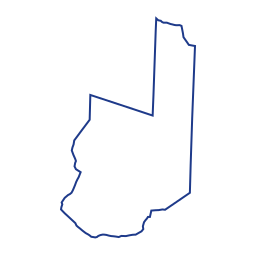 Barbalha, Ceará, Brazil (Natural Earth projection), rotated 182°
{"feature_id": "56859067B21171422710441", "entity_name": "Barbalha", "entity_type": "district", "adm_level": 2, "iso_a3": "BRA", "parent_name": "Brazil", "parent_adm1": "Ceará", "projection": "natural_earth1", "projection_center": [-39.309, -7.437], "detail": "fine", "context": "isolated", "style": "outline", "palette": "blue", "viewbox_px": 256, "rotation_deg": 182, "n_neighbors": 0, "source": "geoboundaries", "source_scale": "gbopen_adm2", "svg_char_len": 1351}
<svg xmlns="http://www.w3.org/2000/svg" viewBox="0 0 256 256"><g transform="rotate(182 128 128)"><path d="M164.2,20.3L162.7,19.4L160.9,18.0L158.9,17.8L156.9,17.5L155.2,18.0L153.9,19.1L151.9,20.0L149.6,20.6L148.0,20.6L145.9,20.4L143.4,19.8L141.0,19.4L138.8,19.3L136.6,19.1L133.4,18.7L130.9,19.9L128.4,19.9L126.3,19.9L124.4,20.4L122.8,20.8L120.9,21.2L119.3,21.5L116.6,21.7L113.7,23.5L110.9,25.2L109.2,27.5L109.7,30.3L108.7,34.4L107.3,36.5L105.9,38.2L105.0,39.8L103.0,39.9L101.8,46.3L97.4,46.8L94.6,47.0L90.7,47.8L88.1,47.6L63.9,65.4L64.1,93.7L64.2,140.1L63.9,212.3L66.8,212.7L70.1,213.2L72.0,215.8L73.3,217.5L75.7,220.7L76.4,224.6L78.1,231.9L79.9,232.6L83.5,232.4L85.2,232.6L87.4,233.1L89.1,233.4L92.8,234.6L96.2,234.5L97.8,235.2L99.0,236.3L101.5,236.7L103.6,238.5L103.7,225.4L103.7,211.0L103.7,161.9L103.8,141.3L123.9,147.2L166.8,159.7L166.6,134.9L174.2,124.0L181.3,113.7L181.8,109.7L182.8,106.7L183.4,103.6L181.6,99.2L179.7,95.3L178.9,93.2L179.6,91.2L180.1,87.8L178.6,85.0L173.8,82.2L175.6,77.1L176.7,75.0L177.9,72.3L178.9,69.2L179.9,66.5L181.0,63.7L182.2,61.3L183.8,59.9L185.6,58.9L186.9,57.7L188.8,56.0L191.7,51.3L191.0,49.4L191.8,46.6L192.1,44.3L190.5,42.7L188.2,40.5L185.5,38.2L181.0,34.3L178.9,32.5L177.3,31.1L176.1,28.7L174.7,27.5L172.5,25.9L170.1,24.0L168.3,22.7L166.6,21.5L164.2,20.3Z" fill="none" stroke="#1e3a8a" stroke-width="2"/></g></svg>